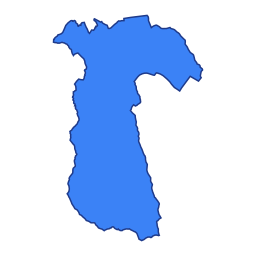 outline of Gura Humorului, Suceava, Romania
{"feature_id": "2599482B5765834419568", "entity_name": "Gura Humorului", "entity_type": "district", "adm_level": 2, "iso_a3": "ROU", "parent_name": "Romania", "parent_adm1": "Suceava", "projection": "orthographic", "projection_center": [25.87, 47.518], "detail": "fine", "context": "isolated", "style": "filled", "palette": "blue", "viewbox_px": 256, "rotation_deg": 0, "n_neighbors": 0, "source": "geoboundaries", "source_scale": "gbopen_adm2", "svg_char_len": 5622}
<svg xmlns="http://www.w3.org/2000/svg" viewBox="0 0 256 256"><path d="M159.3,235.3L158.9,234.4L158.3,231.9L158.3,228.9L157.7,227.7L157.1,225.2L157.1,224.2L156.6,221.8L156.9,221.2L157.8,220.7L159.3,218.9L161.0,217.9L158.9,214.3L157.9,210.1L158.0,209.0L158.7,207.0L158.8,205.7L159.1,204.8L159.3,204.0L159.1,203.2L158.7,202.6L157.5,200.7L156.2,199.1L155.7,198.2L155.2,197.7L154.6,197.4L154.0,195.2L153.5,194.2L153.2,193.0L152.8,192.4L152.3,190.5L151.8,189.0L151.7,187.8L151.8,186.9L152.4,184.7L152.2,184.1L150.9,181.8L150.6,181.0L150.7,177.8L148.0,173.6L147.3,171.9L146.8,170.0L147.3,164.4L146.0,162.0L145.8,161.2L145.5,159.4L145.5,157.7L145.0,155.9L144.4,155.4L143.3,153.1L142.3,150.2L141.4,148.1L140.9,147.3L140.0,144.7L138.7,141.7L138.6,140.1L139.0,138.8L139.0,137.9L138.3,136.3L138.5,135.4L138.9,134.8L138.9,133.1L138.5,132.0L137.6,130.7L137.4,129.8L137.6,128.7L137.5,128.1L137.2,127.2L136.0,125.4L136.0,124.5L136.3,121.9L135.7,119.6L135.3,117.3L135.2,115.5L134.6,114.8L132.4,112.9L130.4,110.5L131.2,109.3L131.6,107.5L132.5,106.1L133.6,104.8L135.4,106.0L136.2,105.6L137.0,105.3L137.4,104.7L140.0,103.0L140.6,102.1L140.6,101.4L140.4,100.8L140.5,100.1L140.4,99.7L140.1,99.3L140.1,98.4L139.8,97.9L140.0,96.9L138.7,94.6L137.7,93.6L137.4,92.5L137.4,91.6L136.7,90.5L136.3,89.0L136.2,86.9L136.0,86.2L135.0,84.5L135.2,83.7L134.9,82.7L134.2,81.5L137.7,76.9L139.5,75.1L142.2,73.8L144.5,73.2L146.6,73.1L148.1,73.4L153.3,75.1L154.5,75.2L155.6,73.6L156.4,72.9L157.6,73.1L160.3,74.0L163.2,75.7L167.0,79.0L169.8,81.8L171.6,84.3L174.4,87.5L177.4,89.4L179.7,91.0L181.6,87.9L190.2,76.3L198.5,81.1L201.2,77.7L200.6,76.8L200.4,76.0L200.4,75.4L201.1,71.9L201.3,71.3L202.5,70.1L202.5,69.5L202.1,68.7L200.2,67.2L200.1,66.0L199.5,65.0L199.0,64.7L197.0,63.9L196.7,62.7L194.8,60.2L194.2,57.5L193.5,55.0L193.0,54.4L190.3,52.5L188.3,49.4L187.2,46.9L185.3,44.4L185.1,43.8L185.3,42.0L185.2,40.5L184.9,39.9L183.8,39.0L180.7,35.9L179.4,33.8L178.3,32.8L177.2,32.2L174.6,29.8L173.6,29.3L170.9,28.5L170.0,27.5L166.6,28.5L162.7,28.6L161.5,28.4L160.6,28.0L159.5,26.8L156.9,25.3L156.1,25.1L154.0,25.8L152.8,26.5L151.3,27.6L148.7,21.2L148.5,20.5L148.5,18.5L148.3,17.2L147.9,16.3L147.4,15.9L147.1,15.4L130.8,17.4L123.9,18.5L124.0,20.6L121.4,20.7L120.1,21.1L118.7,20.9L117.3,22.0L117.0,22.6L114.5,24.5L110.8,28.0L109.3,28.5L108.3,28.4L107.2,25.3L105.1,24.5L102.5,23.0L101.7,21.6L100.7,22.1L94.5,18.8L94.1,19.1L94.0,20.0L94.3,20.6L95.4,21.2L95.8,21.9L96.3,22.2L96.6,23.4L97.2,24.3L97.5,25.3L97.3,25.9L97.0,26.0L96.9,25.9L96.0,26.6L95.9,26.9L95.7,26.6L94.8,28.2L94.8,28.7L93.6,30.3L91.7,30.0L89.5,33.4L88.3,32.1L88.2,31.5L87.1,28.8L86.2,27.3L85.0,24.5L84.3,22.4L82.0,22.7L81.0,23.8L80.8,25.3L79.7,25.0L79.2,25.3L78.6,26.2L77.8,25.9L77.6,24.2L75.7,22.6L75.6,22.3L75.7,21.7L75.4,21.1L74.5,20.5L74.0,20.6L73.1,21.3L72.6,21.2L72.4,20.7L72.1,20.6L71.3,20.6L70.7,20.8L68.1,22.8L65.8,25.4L63.9,29.9L62.8,32.3L61.5,33.6L59.4,34.5L58.0,34.8L57.2,36.2L56.7,36.4L54.9,37.8L54.3,39.3L53.7,39.3L53.5,42.2L55.2,42.7L55.9,42.5L57.5,43.1L59.6,43.1L62.0,42.3L63.4,42.8L64.3,42.9L65.9,43.9L67.0,44.2L67.6,45.1L68.6,46.0L68.8,47.0L69.9,48.7L70.9,49.2L71.5,50.0L71.5,50.8L72.2,53.3L72.5,54.0L73.0,54.6L73.4,55.5L73.7,55.1L75.1,53.9L77.4,53.1L78.0,53.1L81.6,56.8L83.8,58.8L84.0,59.3L84.8,61.2L84.9,62.4L85.1,62.9L85.1,63.5L86.6,66.9L86.5,67.9L86.3,69.0L84.9,69.7L84.5,70.5L84.6,70.8L84.9,70.8L85.4,72.8L85.3,73.4L84.8,74.7L85.0,75.4L84.5,76.0L84.3,76.7L84.2,77.9L84.0,78.6L83.1,79.9L80.6,79.6L78.7,79.1L76.6,81.3L74.6,84.1L75.0,84.6L75.8,86.5L76.0,88.8L76.0,90.2L75.9,90.4L74.9,90.8L74.0,91.7L73.8,91.8L73.4,91.8L73.3,94.1L73.6,94.8L73.2,96.3L72.7,96.4L72.8,97.1L72.6,97.5L73.5,98.3L73.3,99.5L72.9,99.8L72.9,100.0L73.9,100.9L73.7,102.7L73.7,103.1L74.2,103.7L74.8,103.8L75.0,104.2L75.1,104.8L74.7,105.8L75.5,105.8L75.6,107.2L75.4,107.6L75.5,108.6L75.8,109.1L76.7,109.8L77.1,111.1L77.5,111.8L77.6,112.8L77.1,113.6L77.4,114.2L77.4,114.6L77.9,116.0L78.5,116.8L78.7,117.9L79.0,118.6L79.0,120.0L78.9,120.5L78.0,121.7L77.9,122.2L76.9,124.3L76.3,124.7L75.1,126.2L74.4,126.5L74.0,127.1L73.4,127.5L73.4,127.8L73.1,128.0L72.6,128.7L72.2,129.1L71.6,130.3L70.3,131.0L69.9,131.6L70.2,132.1L70.1,133.3L70.7,134.4L70.7,134.9L70.6,136.3L70.8,137.4L70.1,140.2L73.2,144.2L74.0,144.9L74.6,146.2L74.8,148.7L75.2,150.1L75.6,150.6L75.6,151.2L75.8,152.3L76.2,153.3L76.9,154.1L76.5,155.0L75.5,156.0L75.5,156.6L75.0,157.4L75.1,158.9L74.4,160.2L74.4,161.6L75.3,165.4L75.2,166.4L73.2,168.3L72.8,170.1L72.9,170.9L72.7,172.9L72.5,173.4L71.8,174.2L70.2,176.3L69.4,177.5L69.1,178.6L69.4,179.4L69.2,180.2L68.7,181.1L68.0,183.4L68.0,183.9L68.3,184.8L68.7,185.2L69.0,186.4L69.2,187.9L69.3,188.7L69.3,189.2L68.9,191.4L68.1,192.7L67.2,193.8L68.1,195.1L69.1,197.4L69.4,197.7L71.3,202.1L71.9,203.8L73.9,206.9L74.9,208.7L77.0,209.8L77.5,210.4L78.5,211.8L79.1,213.1L79.4,214.1L79.6,214.5L80.6,214.9L81.7,215.6L82.4,216.5L85.0,218.7L86.3,220.5L88.5,221.2L89.8,221.9L90.6,222.6L91.4,222.8L94.3,222.8L94.8,223.0L95.9,225.0L97.1,226.0L98.5,227.9L99.9,228.5L102.0,229.1L104.2,230.7L104.8,230.2L107.4,229.0L109.0,228.8L109.8,228.5L110.2,228.0L111.2,227.9L112.0,227.0L112.6,226.8L113.6,227.0L114.6,228.2L115.1,228.6L117.1,229.6L117.5,229.6L118.2,229.0L118.6,229.7L119.5,229.9L119.9,230.4L120.9,230.6L122.1,230.6L123.1,229.8L125.9,229.0L126.9,228.9L128.2,229.1L129.3,228.8L130.6,229.7L133.7,231.2L134.4,231.7L135.2,231.8L135.8,232.3L136.9,233.4L137.8,235.7L139.1,239.3L140.3,239.8L141.7,240.6L142.8,240.0L143.6,239.8L146.0,238.0L147.8,237.1L149.8,237.0L150.6,237.5L151.1,237.5L151.7,237.2L152.1,236.8L152.4,236.3L154.7,235.2L155.5,235.1L156.9,235.1L158.7,235.6L159.3,235.3Z" fill="#3b82f6" stroke="#1e3a8a" stroke-width="1.5"/></svg>